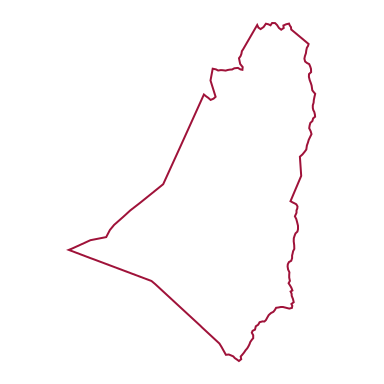 Conceição do Coité, Bahia, Brazil (orthographic projection)
{"feature_id": "56859067B37601452746614", "entity_name": "Conceição do Coité", "entity_type": "district", "adm_level": 2, "iso_a3": "BRA", "parent_name": "Brazil", "parent_adm1": "Bahia", "projection": "orthographic", "projection_center": [-39.2, -11.517], "detail": "fine", "context": "isolated", "style": "outline", "palette": "rose", "viewbox_px": 384, "rotation_deg": 0, "n_neighbors": 0, "source": "geoboundaries", "source_scale": "gbopen_adm2", "svg_char_len": 2475}
<svg xmlns="http://www.w3.org/2000/svg" viewBox="0 0 384 384"><path d="M257.2,25.0L243.0,49.5L241.9,51.1L241.4,53.9L240.5,56.2L239.0,58.2L239.6,61.3L240.2,64.0L242.7,67.1L242.4,69.8L240.4,69.4L237.9,67.9L234.3,68.3L232.1,69.5L230.0,69.6L227.7,70.0L225.6,70.6L222.7,70.2L220.7,70.1L218.1,70.5L216.0,69.4L212.7,68.7L210.5,80.5L215.6,96.8L213.5,98.7L210.6,99.9L208.1,97.7L206.2,96.4L203.9,94.5L189.9,125.5L180.4,146.5L163.2,184.2L140.0,202.9L130.3,210.4L123.3,216.8L114.1,224.9L109.9,230.0L107.6,234.4L106.2,237.1L90.4,240.2L72.0,248.6L68.8,249.9L90.4,258.1L94.0,259.4L111.3,265.9L151.5,281.0L155.2,284.1L185.1,311.7L200.2,325.6L202.0,327.4L219.4,343.5L221.5,346.9L225.9,354.8L228.8,354.5L230.8,355.3L233.3,356.4L234.8,358.1L236.9,359.5L238.9,361.0L241.2,359.2L240.7,356.5L242.2,354.8L244.0,352.6L245.6,350.2L247.2,348.4L248.4,346.4L249.5,344.2L250.3,342.0L251.9,339.7L253.2,338.2L253.2,335.2L251.8,332.7L252.6,330.8L255.0,329.6L255.8,326.3L258.2,324.7L259.6,322.2L262.5,321.4L264.4,321.5L265.9,320.1L267.1,317.9L268.7,315.1L270.9,313.1L273.4,311.8L274.9,309.9L276.1,307.8L278.3,307.5L280.8,307.0L283.0,307.0L285.4,307.6L289.3,308.6L291.9,307.9L292.3,305.8L291.4,304.0L293.7,302.2L293.0,299.1L291.7,295.8L291.6,293.7L290.6,291.5L292.4,290.5L291.4,287.8L290.0,285.4L288.6,283.2L289.9,280.9L289.2,277.6L289.2,274.8L289.4,272.3L288.1,269.5L287.6,266.5L287.8,264.3L288.9,262.1L291.2,260.8L292.1,258.2L292.1,255.5L292.6,253.6L293.1,251.2L294.3,248.9L294.2,245.2L293.7,241.3L293.8,238.2L294.7,235.4L295.5,233.4L297.4,231.6L298.0,229.2L298.0,225.8L297.0,221.7L296.3,219.1L294.9,216.3L296.5,212.8L296.5,210.4L297.3,208.4L297.5,206.4L296.3,204.3L294.7,203.4L292.6,202.4L290.5,201.2L301.2,175.9L299.9,156.7L302.5,154.4L304.7,151.7L306.3,149.5L306.9,145.4L307.9,142.7L308.7,139.9L309.9,137.4L311.5,134.1L310.7,131.3L309.2,128.2L309.6,125.6L310.3,123.0L312.4,121.0L313.1,118.4L315.1,116.7L314.9,114.5L314.3,112.0L313.3,110.1L312.8,108.0L312.8,105.3L313.6,102.7L313.8,100.1L314.5,96.7L315.2,93.8L313.8,92.2L312.3,90.3L312.0,88.2L311.6,85.5L310.8,83.0L309.7,80.1L308.9,76.9L309.0,74.1L311.1,72.1L311.0,69.0L310.4,67.0L309.2,64.1L307.0,63.0L305.1,61.5L304.4,58.7L304.9,56.2L305.9,53.3L306.3,50.3L306.9,47.7L308.0,46.0L308.6,44.0L291.2,29.5L291.0,27.2L289.8,25.5L289.0,23.6L286.1,24.3L283.4,25.5L283.7,28.0L281.2,29.7L278.9,27.9L277.1,25.1L275.1,23.1L272.1,23.0L270.5,25.3L268.4,24.3L265.9,23.7L263.6,27.0L260.6,29.1L258.4,27.6L257.2,25.0Z" fill="none" stroke="#9f1239" stroke-width="2"/></svg>